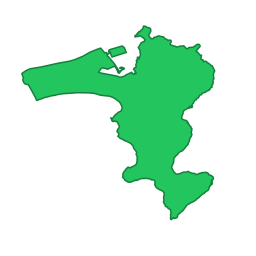 outline of Son Tra, Đà Nẵng, Vietnam, rotated 80°
{"feature_id": "81297802B64444176527608", "entity_name": "Son Tra", "entity_type": "district", "adm_level": 2, "iso_a3": "VNM", "parent_name": "Vietnam", "parent_adm1": "Đà Nẵng", "projection": "natural_earth1", "projection_center": [108.275, 16.103], "detail": "fine", "context": "isolated", "style": "filled", "palette": "green", "viewbox_px": 256, "rotation_deg": 80, "n_neighbors": 0, "source": "geoboundaries", "source_scale": "gbopen_adm2", "svg_char_len": 5690}
<svg xmlns="http://www.w3.org/2000/svg" viewBox="0 0 256 256"><g transform="rotate(80 128 128)"><path d="M56.0,223.1L60.2,222.4L62.6,223.3L65.0,222.8L66.8,221.6L68.1,218.8L69.4,218.1L81.6,214.0L84.9,213.2L84.8,211.1L84.4,210.4L84.2,207.6L83.6,205.2L83.0,196.8L83.2,193.9L82.9,192.7L82.9,186.7L84.5,171.3L86.8,159.7L88.1,155.3L88.7,153.8L91.0,149.3L93.5,140.6L95.1,137.9L96.6,135.9L100.6,132.1L102.9,131.0L106.2,130.2L107.4,130.3L109.7,131.7L110.3,132.5L110.9,135.0L112.4,136.9L112.4,137.7L115.2,141.0L116.1,141.4L116.2,141.7L116.0,142.3L115.1,142.9L115.6,143.2L116.6,142.6L117.9,142.6L118.4,142.3L118.6,141.7L119.0,141.7L119.1,141.4L118.7,140.9L119.0,140.2L119.1,139.2L119.4,139.1L119.5,138.3L120.3,137.6L124.4,136.3L125.4,136.4L126.6,137.2L127.2,138.1L128.3,138.6L128.7,139.3L130.2,139.2L131.3,138.3L132.2,138.2L133.6,138.6L134.4,139.4L137.1,137.2L137.5,136.3L140.3,132.9L140.9,131.6L142.4,129.6L144.5,127.2L145.6,126.9L145.9,126.4L146.4,126.2L148.9,125.9L153.0,123.8L153.7,123.8L155.3,124.6L158.6,123.7L159.2,124.3L161.6,124.7L164.0,125.5L165.5,126.6L166.8,129.9L167.0,131.5L167.6,132.4L167.5,133.1L166.7,134.3L166.7,135.2L167.0,135.6L167.9,136.5L168.3,137.6L169.1,137.7L170.7,140.0L172.9,141.2L174.5,141.3L175.3,141.8L176.5,141.3L176.8,140.8L178.9,140.1L179.4,139.6L179.7,138.9L180.4,138.4L181.3,137.3L181.7,135.7L181.7,134.1L181.2,131.7L180.7,130.7L181.0,129.6L180.5,129.1L181.2,128.2L180.2,125.0L180.2,123.0L180.9,118.3L181.7,116.3L181.8,115.3L183.1,114.1L183.5,111.8L183.9,111.4L185.6,110.6L188.5,111.5L190.9,110.8L192.1,110.0L194.2,107.8L195.3,105.9L196.3,104.8L198.0,103.7L199.6,103.9L203.0,105.1L205.2,105.1L206.8,105.9L207.2,105.9L208.9,105.5L209.8,104.8L210.9,104.9L211.6,104.6L212.2,104.1L212.5,103.2L212.9,102.9L214.2,102.4L215.7,100.4L219.3,100.4L221.3,101.3L222.6,101.3L224.6,101.9L225.6,101.6L225.6,101.0L224.3,99.1L224.3,98.5L224.9,98.4L225.2,98.1L224.9,95.5L224.2,94.8L222.7,94.3L222.0,93.7L218.8,88.1L214.1,83.3L212.3,78.3L211.9,76.4L211.2,74.9L211.0,74.0L209.9,72.8L209.5,71.4L206.9,67.5L205.7,65.3L205.6,64.2L204.7,63.3L203.1,59.7L202.0,58.9L199.9,58.0L199.8,57.6L199.3,57.6L199.0,56.7L198.5,56.3L198.4,55.7L197.9,55.1L197.4,55.6L197.2,55.0L196.8,55.2L196.7,54.6L196.2,54.4L195.7,54.8L194.9,54.5L194.7,55.1L194.1,54.6L194.1,53.9L193.5,53.9L193.3,53.1L192.2,52.7L190.8,52.8L189.1,54.5L188.1,56.6L186.9,56.7L186.1,57.4L185.1,59.0L185.0,61.8L184.7,62.9L185.1,64.2L185.1,65.8L185.7,67.6L185.6,69.2L184.4,70.1L184.0,71.9L183.0,74.0L182.3,75.1L181.2,76.1L181.5,79.5L181.1,80.4L181.1,81.0L181.9,84.7L181.9,86.0L182.2,86.4L182.1,87.8L181.3,88.9L179.5,90.3L176.5,91.4L174.0,91.9L169.8,89.0L165.8,88.2L165.1,87.1L163.9,86.1L163.1,84.3L161.4,82.6L160.7,81.6L159.8,78.2L157.4,75.1L155.5,73.3L155.0,72.0L153.3,71.2L151.1,69.6L149.2,69.1L147.7,67.5L145.7,66.3L144.8,66.2L144.5,66.6L143.2,66.5L142.3,65.9L139.5,65.2L138.8,65.8L137.5,65.9L135.8,67.2L133.8,67.7L133.8,68.0L133.0,68.0L133.0,68.6L131.5,68.6L131.2,69.2L130.4,69.8L130.4,70.4L129.2,72.3L128.4,73.2L127.0,73.5L123.4,71.3L122.8,71.3L121.1,70.4L120.4,69.5L118.6,65.0L118.7,64.7L119.1,64.6L119.1,64.3L118.3,63.7L117.8,63.9L117.4,63.6L117.8,62.8L118.9,62.6L118.9,61.3L118.2,61.2L117.6,60.7L117.3,60.9L117.3,61.4L116.2,60.9L115.6,60.4L115.2,59.5L113.4,58.4L112.2,57.2L111.9,56.4L112.1,55.9L111.2,55.4L110.6,54.5L110.6,53.8L109.9,52.9L108.3,51.9L108.1,51.5L107.9,49.8L106.6,48.8L106.2,45.4L105.3,44.2L105.3,43.1L104.7,41.3L104.5,41.1L104.4,41.4L103.7,40.2L102.9,39.8L102.3,38.1L101.3,38.4L100.2,37.4L99.8,37.4L99.5,36.7L98.4,36.5L97.4,36.0L96.9,36.3L95.9,36.1L94.3,34.8L92.3,34.9L90.5,34.7L88.3,33.8L86.9,32.7L81.5,34.2L80.9,35.3L79.0,36.7L77.7,38.1L77.5,38.7L76.6,38.9L75.9,39.7L75.6,40.6L75.8,41.5L75.7,42.0L73.9,42.4L73.3,43.6L72.5,44.3L69.2,43.0L68.3,44.7L65.6,46.1L64.5,47.5L64.1,47.6L63.8,47.3L60.3,42.9L59.2,42.8L58.1,43.4L57.7,44.5L57.8,45.8L58.0,46.4L58.9,47.3L59.0,48.7L59.8,49.3L59.3,53.8L59.5,54.5L60.2,55.2L60.2,55.8L59.7,56.9L56.8,58.7L56.4,63.1L56.8,64.3L56.8,65.0L56.4,66.2L55.4,67.8L55.2,68.9L54.3,70.0L53.7,71.3L53.1,71.8L52.3,71.8L50.6,70.4L49.2,70.5L48.7,71.4L48.5,73.8L47.3,74.4L47.0,75.5L46.5,76.1L45.1,76.7L44.2,77.6L43.9,79.0L42.6,81.5L43.0,84.3L43.5,85.1L43.2,86.5L44.3,87.6L44.4,88.1L44.2,89.2L43.3,90.3L41.8,91.2L40.0,91.4L37.0,88.9L35.5,88.5L34.1,88.7L33.0,89.6L32.2,91.8L30.9,93.1L30.4,94.8L30.6,95.3L32.1,95.6L32.6,96.0L35.4,100.0L35.0,100.4L36.7,102.6L37.2,102.3L38.2,104.9L39.5,105.3L39.6,105.1L39.4,104.7L39.6,101.7L39.3,101.1L39.5,100.0L40.1,99.0L42.6,96.8L44.3,95.9L45.6,97.1L46.2,100.1L49.0,102.4L50.4,103.8L50.7,103.9L51.4,103.5L54.8,102.6L55.7,103.1L57.8,102.9L59.6,103.8L60.7,104.7L59.9,105.9L60.1,106.5L60.5,106.6L60.4,106.0L61.0,105.0L61.5,105.0L62.3,106.6L62.1,107.1L62.7,107.8L63.6,108.2L64.4,107.5L66.7,109.2L69.5,109.5L69.9,111.0L70.2,111.6L71.2,112.4L72.9,111.0L73.9,111.4L74.2,110.8L74.9,110.5L75.9,110.9L75.9,111.2L75.5,111.9L76.2,112.9L75.3,113.6L75.0,114.3L73.8,114.7L75.3,120.5L76.1,122.0L76.6,124.9L76.5,127.4L75.1,129.5L68.8,146.1L67.9,147.3L64.5,143.7L64.4,142.7L66.0,138.4L66.4,138.4L66.6,138.1L64.8,130.6L66.2,129.6L68.6,128.8L71.6,128.2L72.4,127.7L72.5,127.3L72.3,126.8L70.9,125.4L69.8,123.7L69.1,121.4L68.6,121.3L67.3,123.1L67.0,123.8L67.1,125.0L67.4,125.6L67.8,125.6L68.1,124.1L68.0,123.7L68.4,123.1L70.0,124.7L71.0,126.6L62.5,130.2L54.1,135.0L54.2,135.5L53.7,135.8L52.1,135.7L50.8,132.4L55.0,131.6L55.3,131.4L53.3,116.6L48.4,117.6L46.2,119.4L47.7,132.8L48.5,133.5L49.3,133.7L49.7,133.5L49.7,132.6L50.4,132.4L51.6,135.6L50.1,136.0L49.9,136.4L50.0,137.7L49.4,138.2L44.6,141.0L45.0,144.1L46.8,152.5L49.5,160.0L51.5,169.0L52.0,173.6L52.1,186.8L52.8,203.3L52.7,213.1L53.0,215.7L53.8,218.5L55.4,222.1L56.0,223.1Z" fill="#22c55e" stroke="#15803d" stroke-width="1.5"/></g></svg>